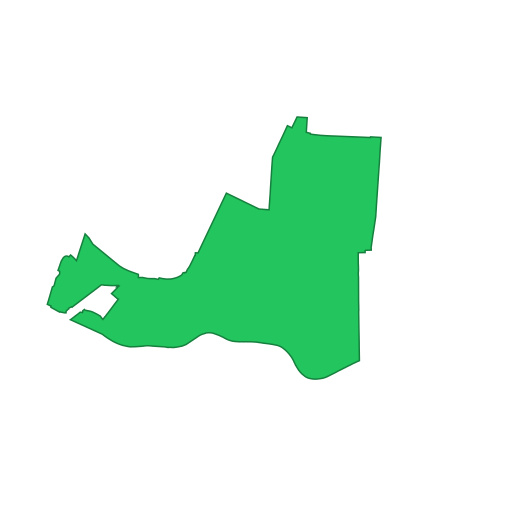 outline of Capelle aan den IJssel, Zuid-Holland, Netherlands, rotated 40°
{"feature_id": "6326949B80827814559487", "entity_name": "Capelle aan den IJssel", "entity_type": "district", "adm_level": 2, "iso_a3": "NLD", "parent_name": "Netherlands", "parent_adm1": "Zuid-Holland", "projection": "mercator", "projection_center": [4.571, 51.936], "detail": "fine", "context": "isolated", "style": "filled", "palette": "green", "viewbox_px": 512, "rotation_deg": 40, "n_neighbors": 0, "source": "geoboundaries", "source_scale": "gbopen_adm2", "svg_char_len": 5840}
<svg xmlns="http://www.w3.org/2000/svg" viewBox="0 0 512 512"><g transform="rotate(40 256 256)"><path d="M280.7,91.8L275.6,84.8L267.2,91.1L267.6,91.6L240.0,112.9L235.9,116.1L231.8,119.2L227.7,122.2L223.5,125.0L219.3,127.7L218.8,127.1L217.1,127.9L216.5,128.2L216.1,128.4L215.0,128.9L206.3,117.1L198.1,123.1L199.7,129.3L200.5,132.5L201.1,134.7L196.3,136.0L199.4,147.3L201.6,155.9L202.3,158.3L204.8,167.9L204.8,168.2L205.2,169.7L210.1,176.5L223.4,194.6L227.0,199.4L231.4,205.5L231.8,206.0L232.0,206.3L232.2,206.6L232.4,206.9L236.3,212.2L228.1,218.1L192.9,226.9L209.6,290.9L207.5,292.5L208.5,293.8L209.1,294.6L208.8,294.9L210.4,300.9L211.2,304.3L211.6,305.9L212.0,308.6L212.1,310.4L212.1,310.5L212.7,312.5L212.8,312.8L213.0,313.5L212.1,314.3L212.2,314.7L211.9,314.7L211.8,314.8L211.4,315.2L211.0,315.5L210.9,316.2L211.3,318.0L211.1,319.1L210.7,320.1L210.0,321.8L209.5,322.8L209.0,323.7L208.6,324.3L208.0,325.2L207.0,326.6L206.4,327.3L205.3,328.6L204.1,329.6L203.5,330.2L202.3,331.2L201.1,332.0L200.0,332.7L198.4,333.7L197.2,334.3L195.9,335.0L196.2,336.7L192.7,338.6L191.7,339.5L189.4,341.4L189.2,341.5L187.6,342.8L182.7,345.5L179.8,348.1L177.7,345.7L171.8,347.9L167.8,349.3L162.6,350.7L157.8,351.4L151.8,351.5L131.7,351.7L123.4,351.8L120.9,351.0L116.4,349.5L116.0,349.5L113.5,349.2L110.9,348.9L114.6,358.0L115.8,361.0L117.3,364.7L121.5,375.0L120.1,374.8L118.5,374.6L117.2,374.5L115.9,374.4L114.6,374.4L113.3,374.4L113.3,376.1L113.3,376.9L112.7,377.0L112.4,377.0L112.0,377.2L111.6,377.4L111.3,377.5L111.0,377.7L110.8,377.9L110.5,378.2L110.2,378.6L110.0,378.9L109.9,379.3L109.7,379.8L109.6,380.3L109.6,380.7L109.5,381.1L109.5,381.5L109.7,382.4L109.7,382.7L109.9,383.7L110.0,384.7L110.7,386.7L111.5,388.8L111.9,389.7L112.2,390.6L113.6,394.3L115.4,393.9L116.8,395.5L117.2,396.2L117.1,401.5L120.4,408.5L120.4,408.8L120.3,409.4L120.3,409.7L120.2,409.9L120.1,410.1L120.0,410.3L119.9,410.5L125.6,423.4L126.1,424.6L126.6,425.8L127.2,427.2L131.2,426.1L131.5,426.9L131.7,427.1L133.8,426.8L135.2,426.5L139.8,425.6L140.3,425.5L140.4,425.4L140.5,425.4L140.8,425.3L141.4,425.3L141.4,425.0L141.8,424.8L142.6,424.4L143.2,424.1L144.1,423.6L145.3,422.9L145.5,422.8L145.7,422.7L146.0,422.5L146.3,422.2L146.5,422.1L146.8,421.9L146.9,421.7L147.0,421.6L146.3,420.9L146.2,420.8L146.2,420.7L146.1,420.4L146.1,420.2L146.1,419.8L146.1,419.3L146.2,418.6L146.3,417.5L146.5,417.0L146.0,416.8L145.9,416.9L146.6,415.2L147.0,414.3L147.1,414.0L147.2,413.6L148.0,413.5L148.3,411.9L148.6,410.6L148.7,410.0L148.9,409.4L149.0,408.9L156.1,377.5L157.2,376.7L158.5,375.9L159.1,375.5L160.2,374.6L160.8,374.2L162.9,372.6L163.1,372.5L164.9,371.1L167.3,369.0L168.2,368.2L168.6,367.8L169.2,367.2L169.4,367.1L169.2,368.8L170.3,367.7L169.5,377.7L172.2,377.7L177.2,377.8L178.3,377.5L178.5,381.9L178.6,384.4L178.7,385.5L178.8,387.5L178.9,389.2L179.0,391.1L179.1,392.6L179.1,393.8L179.2,394.2L179.2,395.8L179.3,397.2L179.4,398.5L179.4,399.3L179.3,400.1L179.4,400.6L179.4,402.1L179.5,403.0L178.3,402.8L175.0,402.1L174.4,402.3L172.5,402.6L171.0,402.9L168.1,403.6L167.3,403.8L166.0,404.2L164.6,404.8L164.4,404.9L162.2,406.1L161.9,406.3L161.8,406.5L161.6,406.6L161.3,406.6L159.5,407.5L158.9,407.3L158.5,409.2L159.4,410.8L157.6,411.9L157.5,412.0L157.4,412.2L157.3,412.9L157.1,413.9L157.0,414.5L156.7,415.6L156.6,416.3L156.5,416.7L156.4,417.0L156.2,417.7L156.1,418.3L155.9,419.3L155.7,420.3L155.4,421.5L155.2,422.6L154.9,423.7L154.8,424.1L188.6,414.7L191.2,414.6L193.7,414.4L196.3,414.1L198.8,413.7L201.4,413.3L203.9,412.7L206.3,412.0L208.7,411.2L211.2,410.2L213.5,409.0L215.8,407.8L218.1,406.4L222.7,402.3L224.5,400.5L226.4,398.7L228.2,396.8L230.0,394.9L231.8,393.5L232.5,393.0L234.2,391.8L235.5,390.9L238.2,388.9L243.0,385.4L244.9,384.0L246.0,383.4L247.2,382.8L248.7,381.4L251.8,379.0L254.4,376.1L257.3,372.5L259.3,368.8L262.9,356.5L263.2,355.3L263.6,354.0L264.0,352.7L264.6,351.5L265.2,350.3L266.0,349.2L266.7,348.1L267.4,346.8L268.5,345.8L269.5,344.8L270.5,344.1L271.6,343.3L272.9,342.7L275.2,341.8L276.4,341.4L277.7,340.9L280.3,340.1L281.6,339.8L282.9,339.4L284.1,339.2L286.6,338.7L288.0,338.3L289.2,337.9L290.4,337.4L291.4,337.0L292.4,336.5L293.6,335.8L294.7,335.1L295.7,334.4L296.7,333.6L297.1,333.4L298.0,332.7L299.1,331.8L299.4,331.5L300.2,330.8L301.0,330.2L302.1,329.3L303.3,328.2L304.1,327.6L305.1,326.8L307.3,324.9L308.7,323.9L311.1,322.1L312.2,321.3L313.2,320.8L314.1,320.2L315.8,319.1L317.1,318.4L318.3,317.6L320.3,316.3L322.3,315.0L325.5,313.1L326.9,312.3L328.2,311.6L330.1,310.6L331.4,310.1L332.4,309.8L333.2,309.6L334.2,309.4L335.5,309.3L336.6,309.2L337.6,309.2L339.3,309.2L341.8,309.4L344.4,309.8L345.6,310.1L346.8,310.3L349.5,311.1L352.1,312.1L353.3,312.7L354.1,313.1L354.7,313.3L355.3,313.6L356.0,313.9L356.8,314.2L356.8,314.3L357.3,314.4L358.1,314.7L359.3,315.1L361.4,315.8L362.0,316.0L364.6,316.5L367.0,316.8L371.3,316.7L371.5,316.7L374.0,316.1L376.2,315.1L378.3,313.9L380.2,312.5L381.9,311.0L382.1,310.8L384.7,307.9L385.3,307.2L385.5,307.0L386.8,305.1L388.1,302.7L388.9,300.8L389.3,299.9L389.8,298.7L390.2,297.8L390.7,296.7L391.8,294.1L392.0,293.6L392.5,292.3L392.9,291.2L393.7,289.5L395.4,285.5L395.9,284.4L396.3,283.4L396.6,282.7L397.2,281.3L398.2,279.1L398.6,278.1L399.7,275.5L400.5,273.9L401.0,272.7L401.5,271.7L402.0,270.7L402.5,269.7L394.0,259.9L393.8,259.7L391.2,256.6L381.1,245.0L370.3,232.5L369.7,231.6L363.6,224.6L348.2,206.4L347.4,205.6L345.9,204.0L345.3,203.3L344.1,201.6L343.3,200.6L342.6,199.8L341.3,198.3L340.2,197.1L340.0,196.8L339.7,196.6L332.2,187.8L333.2,186.9L334.0,186.2L334.8,185.5L336.4,184.1L337.0,183.6L337.4,183.3L336.5,182.2L336.3,182.1L336.3,181.9L336.2,181.6L336.3,181.3L336.3,181.1L336.6,180.9L337.6,180.0L340.5,177.4L340.1,176.9L339.5,176.3L338.9,175.7L338.7,175.4L336.5,171.9L331.9,164.5L329.1,159.8L322.5,149.0L317.7,142.5L316.5,140.9L292.1,107.4L291.0,105.8L282.6,94.5L280.7,91.8Z" fill="#22c55e" stroke="#15803d" stroke-width="1.5"/></g></svg>